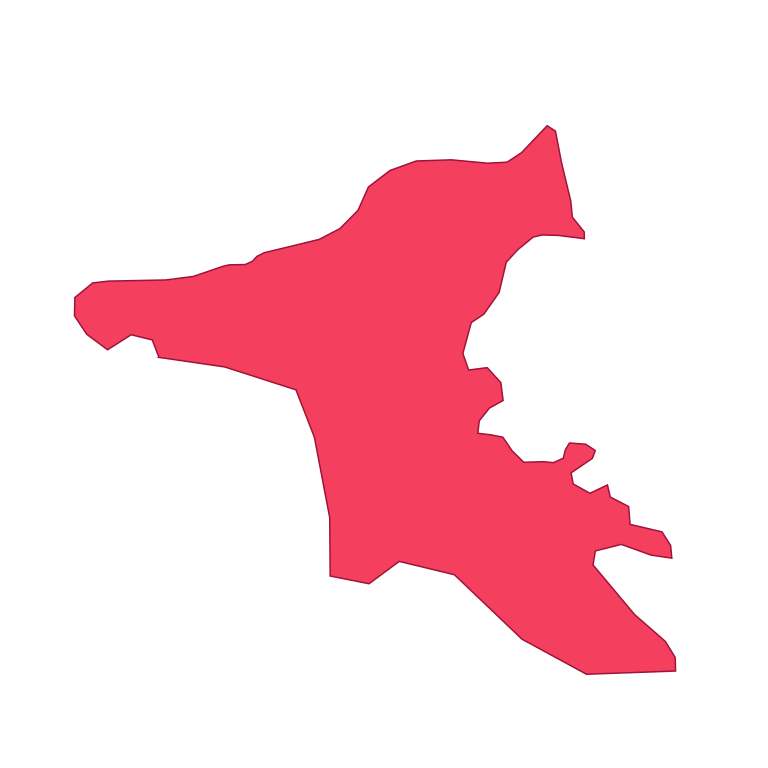 an SVG outline of Rasŏn, rotated 275°
{"feature_id": "PRK-5495", "entity_name": "Rasŏn", "entity_type": "Province", "adm_level": 1, "iso_a3": "PRK", "parent_name": "North Korea", "parent_adm1": "", "projection": "orthographic", "projection_center": [130.457, 42.392], "detail": "fine", "context": "isolated", "style": "filled", "palette": "rose", "viewbox_px": 768, "rotation_deg": 275, "n_neighbors": 0, "source": "natural_earth", "source_scale": "10m", "svg_char_len": 1270}
<svg xmlns="http://www.w3.org/2000/svg" viewBox="0 0 768 768"><g transform="rotate(275 384 384)"><path d="M443.2,68.5L459.3,85.0L462.5,100.6L468.6,157.4L474.5,184.5L487.2,213.3L489.2,219.4L490.9,235.3L494.9,242.4L500.1,246.3L504.4,253.4L522.4,306.8L535.0,326.6L554.8,343.0L578.9,351.3L597.3,371.4L609.0,396.8L613.2,431.6L613.0,468.0L615.7,487.3L626.5,500.9L655.5,524.0L650.8,532.8L620.5,541.4L582.6,554.1L566.6,557.1L552.9,570.2L546.2,570.9L547.2,544.7L546.3,528.8L543.4,519.8L529.6,505.7L516.0,495.2L485.2,490.7L462.3,477.4L452.8,465.6L421.3,459.9L405.3,467.1L409.3,485.4L395.5,500.3L378.0,504.1L369.2,491.1L355.6,482.1L343.1,481.8L342.7,494.5L341.4,507.0L328.8,517.3L318.2,530.0L320.5,549.5L320.4,559.6L325.7,569.1L334.3,570.4L341.4,573.9L341.6,590.1L336.1,600.3L328.0,598.0L311.8,578.1L300.9,581.2L293.1,598.6L302.9,615.4L291.1,619.3L283.2,638.4L265.6,641.4L260.9,673.8L248.2,683.6L235.6,685.9L236.8,665.0L244.9,634.3L236.1,609.1L222.0,608.0L176.1,653.8L152.1,686.7L137.0,697.9L123.5,699.5L112.5,611.0L141.8,543.7L200.1,470.8L208.6,414.6L183.7,386.5L188.0,347.1L246.0,341.6L324.9,319.3L370.5,296.8L387.1,223.8L390.9,157.0L391.3,157.3L407.7,149.3L411.0,127.8L394.0,105.6L407.6,83.6L424.9,69.7L443.2,68.5Z" fill="#f43f5e" stroke="#9f1239" stroke-width="1.5"/></g></svg>